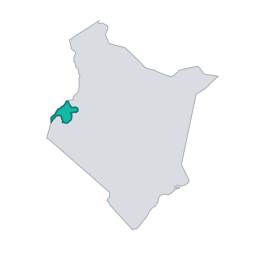 location of Western within Kenya, rotated 12°
{"feature_id": "KEN-891", "entity_name": "Western", "entity_type": "Province", "adm_level": 1, "iso_a3": "KEN", "parent_name": "Kenya", "parent_adm1": "", "projection": "mercator", "projection_center": [34.624, 0.494], "detail": "fine", "context": "in_parent", "style": "filled", "palette": "teal", "viewbox_px": 256, "rotation_deg": 12, "n_neighbors": 0, "source": "natural_earth", "source_scale": "10m", "svg_char_len": 5066}
<svg xmlns="http://www.w3.org/2000/svg" viewBox="0 0 256 256"><g transform="rotate(12 128 128)"><path d="M50.9,155.2L50.8,151.9L51.3,143.5L51.2,136.1L51.7,132.4L53.5,130.1L54.3,128.4L54.9,126.0L55.9,124.1L58.0,122.5L58.4,121.6L60.7,119.0L62.1,115.6L63.1,114.4L64.4,113.4L65.3,112.8L66.8,112.3L68.0,111.9L68.2,111.7L68.3,111.1L67.9,109.0L68.4,108.3L69.2,106.9L70.1,105.6L71.0,104.8L71.4,104.0L71.7,102.5L71.7,101.4L71.7,99.7L71.4,95.8L70.4,92.6L69.8,89.0L70.3,87.8L69.5,85.6L69.1,85.5L68.5,85.0L67.7,83.0L67.1,81.2L66.8,80.7L64.2,79.1L62.9,75.3L61.4,74.5L60.6,70.7L60.5,69.7L61.3,65.9L61.2,65.1L60.4,64.3L57.9,63.5L55.9,61.9L56.2,61.4L56.3,60.8L55.3,60.4L52.3,54.0L56.2,50.1L60.1,46.2L65.1,41.3L69.8,36.7L73.7,32.8L77.3,29.3L77.2,30.0L77.2,30.8L77.7,31.4L78.4,31.8L79.4,31.4L80.3,30.8L81.2,30.7L86.5,32.2L87.4,33.4L87.4,34.8L87.6,35.8L87.2,36.8L86.7,39.8L86.9,42.6L88.5,44.6L89.9,46.2L91.1,48.5L91.9,49.2L93.1,49.5L96.7,49.6L102.2,49.8L107.4,49.9L107.9,50.0L109.0,50.3L113.8,53.3L118.2,56.1L122.0,58.6L125.6,60.9L129.1,63.2L131.9,65.1L134.5,65.7L138.9,65.9L142.0,66.0L144.8,66.8L148.9,67.6L152.0,68.0L153.9,68.4L159.1,68.8L160.0,68.6L162.3,66.5L164.8,63.0L165.8,61.2L169.2,59.3L175.0,56.7L179.1,54.8L183.7,53.0L185.8,54.6L188.7,57.2L189.9,58.4L191.0,59.0L192.5,59.4L194.4,59.4L195.5,59.3L197.6,59.0L202.5,58.7L205.4,58.7L203.0,62.1L200.1,66.2L194.9,73.8L190.9,77.7L187.8,80.7L187.6,81.3L187.6,84.6L187.6,92.8L187.7,109.1L187.7,125.4L187.8,141.7L187.8,149.9L187.8,152.6L190.5,156.1L193.1,159.4L196.5,163.8L198.4,166.2L198.7,167.0L198.6,168.6L195.7,171.9L193.4,173.4L190.3,174.2L189.4,174.0L188.2,173.5L187.7,174.3L187.3,175.6L186.6,175.3L186.1,175.0L186.4,177.2L186.8,178.3L186.3,179.7L184.8,181.0L184.6,182.1L181.4,184.9L176.7,185.3L174.3,186.7L173.2,187.8L172.4,190.4L172.7,194.2L171.4,197.2L171.1,198.7L168.7,200.7L167.7,202.5L166.9,204.3L166.2,205.1L165.4,209.1L164.3,211.6L164.0,212.4L163.7,213.1L162.8,214.6L162.3,215.6L161.9,216.2L159.0,222.6L156.8,225.4L155.1,225.1L154.0,226.2L153.8,226.7L153.2,226.4L151.8,225.4L148.8,223.2L145.8,221.1L142.9,218.9L139.9,216.8L136.9,214.6L133.9,212.5L131.0,210.4L128.0,208.2L126.3,207.0L125.5,206.2L124.9,204.7L124.6,204.4L123.8,203.9L122.9,203.8L122.6,203.5L122.6,202.8L122.9,201.8L124.0,199.8L124.1,198.6L123.9,197.3L123.6,195.2L123.3,194.8L121.3,193.7L117.2,191.3L113.1,189.0L108.9,186.7L104.8,184.4L100.7,182.1L96.6,179.8L92.4,177.5L88.3,175.2L84.2,172.9L80.1,170.6L75.9,168.3L71.8,166.0L67.7,163.7L63.6,161.4L59.4,159.1L55.3,156.8L53.7,155.9L52.4,155.2L50.9,155.2ZM188.1,177.6L187.4,177.7L187.8,176.6L189.9,175.2L190.8,175.5L191.0,175.8L190.9,176.1L190.5,176.4L188.1,177.6Z" fill="#d9dde1" stroke="#a8b0b8" stroke-width="1"/><path d="M63.2,114.7L63.6,114.6L63.7,114.4L63.9,114.6L64.5,115.1L64.5,115.5L64.8,116.0L66.8,118.1L67.0,118.2L67.3,118.3L67.5,118.4L67.5,118.5L67.5,118.8L67.5,119.1L67.6,119.4L67.6,119.5L67.9,119.7L68.0,119.7L68.1,119.8L68.9,119.7L69.3,119.5L69.8,119.4L70.1,119.4L70.3,119.5L70.5,119.5L70.6,119.4L71.0,119.0L71.0,118.9L71.3,118.7L72.0,118.6L73.1,118.7L73.3,118.7L73.5,118.8L73.9,119.0L74.3,119.1L74.5,119.2L74.6,119.3L74.7,119.7L75.1,120.1L75.1,120.6L75.1,121.0L75.3,121.3L75.4,121.5L75.4,121.8L75.4,122.0L75.1,122.2L75.1,122.3L74.6,122.5L74.4,123.0L74.1,123.3L73.8,123.5L73.7,123.6L73.3,123.6L73.2,123.5L73.1,123.4L72.9,123.4L72.7,123.4L72.5,123.5L72.2,123.6L71.8,123.7L71.6,123.6L71.4,123.6L71.3,123.8L70.8,124.5L70.6,124.6L70.4,124.7L70.2,124.7L69.9,124.5L69.7,124.5L69.4,124.6L69.1,124.7L69.0,124.9L69.0,125.2L68.9,126.0L69.0,126.1L69.2,126.3L70.0,126.6L70.1,126.8L70.4,127.4L70.5,127.7L70.7,128.3L70.7,128.5L70.6,129.8L70.6,130.1L70.7,130.4L70.7,130.6L70.8,130.7L70.8,130.9L70.8,131.1L70.6,131.4L70.4,132.1L70.4,132.3L70.2,132.5L69.6,133.0L69.4,133.2L69.3,133.3L69.2,133.4L69.1,133.7L68.9,134.2L68.6,134.6L67.8,135.4L67.4,135.9L67.0,136.0L66.7,136.0L66.3,135.9L66.1,135.9L66.0,136.0L65.5,136.1L65.4,136.2L64.8,135.9L64.4,135.8L64.2,135.8L63.9,135.9L63.4,136.1L63.2,136.2L62.8,136.2L62.7,136.1L62.6,135.9L62.5,135.7L62.6,135.4L62.8,135.1L62.8,134.5L62.8,134.3L62.8,134.1L62.7,133.9L62.2,133.6L61.8,133.4L61.7,133.3L61.6,133.2L61.7,132.9L61.6,132.7L60.6,131.6L60.5,131.4L60.5,130.9L60.4,130.6L60.3,130.4L59.9,129.9L59.7,129.9L59.3,129.9L59.2,130.0L58.9,130.1L58.7,130.1L57.7,129.9L57.4,129.9L57.2,129.9L57.1,130.0L56.9,130.1L56.7,130.6L56.5,130.8L56.3,130.9L56.2,130.9L55.8,130.9L55.7,130.9L54.9,131.3L54.6,131.6L54.5,131.8L54.5,132.1L54.4,132.5L54.4,133.1L54.3,133.4L54.2,133.5L53.9,133.6L53.7,133.7L53.4,133.9L53.2,134.0L53.1,134.3L53.1,134.5L53.2,134.8L53.1,135.0L52.8,135.6L52.7,135.7L51.8,138.0L51.2,136.0L50.6,134.0L50.7,133.6L51.8,132.1L52.0,131.9L53.5,129.9L54.2,129.3L54.4,129.1L54.5,128.7L54.2,128.0L54.2,127.6L54.3,127.4L54.6,127.0L54.8,126.8L54.8,126.7L55.3,124.7L55.6,124.1L56.2,123.7L57.0,123.4L57.6,123.1L58.1,122.6L58.4,121.8L58.5,121.3L58.5,121.1L58.7,120.9L59.9,120.3L60.3,120.0L60.5,119.2L61.1,118.5L61.6,117.2L61.7,116.8L61.7,116.4L61.7,116.0L61.8,115.6L62.0,115.2L62.2,114.8L62.6,114.4L62.9,114.5L63.2,114.7Z" fill="#14b8a6" stroke="#0f766e" stroke-width="1.5"/></g></svg>